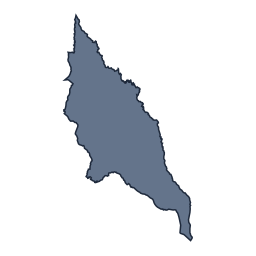 Ramapepe, Leribe, Lesotho (Robinson projection)
{"feature_id": "5366337B9822317619474", "entity_name": "Ramapepe", "entity_type": "district", "adm_level": 2, "iso_a3": "LSO", "parent_name": "Lesotho", "parent_adm1": "Leribe", "projection": "robinson", "projection_center": [28.135, -29.017], "detail": "fine", "context": "isolated", "style": "filled", "palette": "slate", "viewbox_px": 256, "rotation_deg": 0, "n_neighbors": 0, "source": "geoboundaries", "source_scale": "gbopen_adm2", "svg_char_len": 5707}
<svg xmlns="http://www.w3.org/2000/svg" viewBox="0 0 256 256"><path d="M192.2,237.2L191.3,236.2L190.5,234.9L190.5,234.1L189.9,232.9L189.9,228.5L190.3,225.3L190.0,224.4L188.8,222.4L188.5,219.7L189.9,212.5L190.2,208.9L190.0,206.4L190.6,205.3L189.9,204.6L190.2,203.2L190.5,202.7L189.7,200.0L189.6,198.4L188.5,196.5L187.0,195.3L185.1,192.9L184.5,193.0L183.9,192.7L182.9,191.9L181.7,190.2L180.2,189.3L179.3,187.8L178.6,185.8L176.5,184.2L176.3,183.5L175.4,182.3L174.9,181.9L173.8,181.7L172.6,180.7L172.6,179.0L172.2,178.5L172.1,177.3L170.9,174.4L169.6,174.0L169.5,173.2L166.8,170.4L166.5,169.8L166.8,168.5L166.6,168.1L166.4,167.0L165.6,166.2L164.5,163.3L164.5,161.8L164.9,161.0L164.8,160.4L163.8,158.8L163.8,156.5L164.3,154.3L164.3,152.3L163.9,151.8L163.6,150.5L163.0,150.2L162.9,148.7L163.1,148.1L162.5,147.4L162.9,146.9L162.1,146.2L162.1,145.0L161.9,144.5L162.5,143.2L161.4,142.8L161.0,141.7L161.5,141.3L161.7,139.9L162.1,139.1L161.8,138.8L161.0,139.0L160.7,138.4L161.1,137.1L159.9,136.6L160.2,134.7L158.6,129.5L158.5,127.2L157.5,125.7L157.4,124.9L157.3,123.9L157.7,123.3L158.4,122.9L158.2,122.0L156.6,120.0L154.8,120.2L153.2,119.9L153.0,119.2L152.6,119.1L152.1,118.4L151.7,118.4L151.4,117.8L149.8,116.8L149.6,115.9L148.9,114.9L148.4,114.8L148.1,114.4L148.4,113.4L147.0,112.3L146.5,112.2L145.6,112.4L144.9,111.8L143.9,110.3L143.0,109.5L143.0,109.2L143.7,108.9L143.5,108.4L143.6,107.2L143.3,106.7L142.6,107.1L142.3,106.7L142.6,106.3L141.7,106.2L142.3,104.8L143.2,104.1L143.1,103.7L142.4,103.8L142.4,102.7L140.7,102.1L140.3,101.5L138.9,101.6L138.5,100.8L137.7,100.4L137.2,99.7L136.7,97.7L137.1,96.7L136.8,94.9L137.7,95.5L138.3,94.8L138.5,93.4L139.4,92.2L139.6,91.5L139.4,91.3L139.6,90.6L139.3,90.1L140.0,89.2L139.7,88.5L138.3,87.6L137.6,87.5L137.2,87.0L136.7,87.6L135.9,87.6L135.3,86.1L134.3,85.4L134.4,84.5L133.6,84.6L133.9,83.9L133.4,83.0L132.5,84.1L132.6,84.6L132.2,84.9L131.9,84.7L131.7,83.6L132.1,83.0L131.1,82.3L130.8,80.2L130.6,80.1L129.4,81.6L129.5,81.9L129.9,81.9L129.6,82.3L128.8,82.2L128.7,81.9L128.9,81.7L128.7,80.8L128.2,80.8L127.9,80.2L127.7,80.5L128.0,81.3L126.7,80.5L126.2,81.9L125.4,81.7L125.4,82.1L126.0,82.8L125.7,83.1L124.9,83.0L124.0,82.0L123.5,81.0L122.9,80.7L122.5,81.1L122.1,80.9L121.8,80.5L120.9,78.4L121.0,77.1L120.8,76.1L121.3,74.8L120.4,73.4L120.1,73.5L119.5,74.3L119.3,74.1L119.2,73.6L118.7,72.8L118.5,69.5L118.4,68.8L118.2,68.6L117.9,70.0L116.7,70.3L116.4,70.7L114.7,71.2L113.9,69.6L113.5,69.4L113.0,69.5L112.1,69.0L111.3,67.9L110.0,68.3L109.0,68.2L108.3,67.6L108.2,66.8L108.0,66.6L107.7,67.1L106.4,67.6L105.7,67.4L105.3,67.0L105.0,65.4L104.0,64.0L103.8,63.5L104.0,62.2L103.6,61.6L103.7,61.2L102.3,59.8L102.3,58.8L101.6,57.2L102.2,56.1L102.1,55.6L100.5,55.2L99.6,53.9L98.9,52.4L97.7,52.6L97.1,51.9L97.8,50.9L97.7,49.8L99.0,48.8L98.6,47.9L97.9,47.6L97.9,46.8L97.3,46.3L97.1,45.2L97.2,44.5L96.3,43.3L96.2,41.6L95.5,41.1L94.2,42.6L92.6,42.2L92.8,41.3L92.6,40.7L91.5,40.3L90.6,39.0L87.4,36.7L87.1,36.1L87.4,34.4L84.7,32.8L84.2,31.7L83.8,31.3L81.9,30.4L81.0,28.5L80.9,27.5L78.7,24.3L78.7,23.5L79.4,21.7L79.1,19.9L78.1,19.1L76.0,15.4L75.4,18.2L74.7,19.7L75.6,21.5L75.2,22.2L75.8,23.0L74.7,24.1L74.7,25.3L75.0,26.1L74.8,26.9L75.1,27.3L74.6,27.9L74.4,29.3L74.8,30.4L74.6,30.7L74.8,30.9L74.7,31.4L75.0,31.9L74.9,33.1L74.2,33.8L74.7,34.5L74.4,34.7L74.6,35.3L74.5,36.3L74.0,37.9L74.6,38.9L74.2,39.5L75.0,41.0L74.5,41.7L74.5,42.1L75.0,41.7L75.2,42.1L74.5,42.9L74.7,44.4L73.7,45.1L74.0,45.6L74.6,45.7L74.4,48.2L73.9,48.8L74.3,49.0L74.0,50.2L74.5,51.5L73.9,52.0L74.2,52.6L73.9,52.9L73.1,52.8L72.4,52.2L70.6,52.6L68.1,52.3L68.7,54.0L68.4,54.6L68.6,57.1L68.0,59.6L68.2,61.2L69.2,62.8L70.0,65.5L70.6,66.4L71.1,68.0L70.9,69.1L71.3,71.1L70.8,71.7L70.3,73.6L69.2,75.9L67.8,77.4L64.7,80.0L67.7,79.7L68.6,80.0L73.0,83.7L72.4,85.1L71.4,85.4L71.4,86.3L70.9,87.6L70.0,88.8L69.8,90.1L69.8,92.6L69.3,94.8L68.6,95.4L67.7,97.0L67.6,98.0L67.9,99.9L67.0,100.8L66.2,102.4L65.9,105.9L65.2,109.1L63.8,109.9L64.0,111.3L64.8,111.2L65.1,111.8L64.9,113.0L64.3,113.6L67.7,116.5L68.8,119.0L70.5,121.1L73.2,121.1L75.0,122.5L76.3,122.6L76.6,123.3L77.7,124.5L77.9,125.3L77.7,127.0L77.3,127.8L75.6,132.3L75.3,133.9L76.8,136.0L77.7,138.4L77.3,140.4L78.5,143.8L79.4,144.6L82.1,145.5L82.5,145.9L83.7,145.6L84.2,146.7L84.5,148.3L86.8,150.0L87.5,150.7L87.6,151.8L88.1,152.2L88.8,152.4L89.1,152.8L89.6,153.9L89.8,155.6L91.3,158.0L91.9,159.4L92.1,160.8L91.4,161.2L90.4,163.6L90.7,164.3L90.1,165.9L89.9,169.2L88.4,169.2L88.2,170.1L87.5,171.3L87.3,172.1L87.5,172.8L87.0,173.4L87.2,174.2L87.0,174.9L86.1,176.6L87.4,177.5L88.3,177.3L88.0,178.2L88.9,178.0L89.7,176.9L90.4,176.9L91.3,177.8L90.5,179.3L90.6,179.5L91.6,179.7L92.2,180.5L94.4,181.3L94.7,182.4L95.6,182.6L96.5,182.3L96.1,181.7L96.8,181.1L97.4,181.2L97.9,181.8L98.2,181.7L99.5,181.3L100.5,180.3L102.3,179.7L103.3,177.4L104.3,176.7L104.5,176.3L105.2,175.6L106.7,175.8L107.6,176.1L108.0,175.6L108.6,175.5L108.6,173.8L109.0,172.9L110.6,172.9L111.7,172.2L112.5,172.2L113.1,172.7L114.1,171.9L114.8,171.9L115.5,172.3L116.1,172.2L116.4,172.8L117.1,173.1L119.4,173.9L120.5,174.8L121.1,176.4L121.7,177.0L122.0,177.7L123.1,178.2L123.7,180.1L124.5,180.4L125.4,182.8L127.1,184.6L127.7,184.5L128.6,183.6L129.7,184.5L130.6,186.7L131.1,187.2L131.7,186.9L132.4,187.6L133.7,187.6L136.7,190.4L138.5,191.7L139.9,192.3L140.5,193.1L142.5,193.9L144.9,194.2L146.0,195.0L147.3,195.3L150.2,197.8L152.6,199.1L153.3,200.3L154.1,202.8L154.9,204.3L156.3,206.1L157.6,207.2L161.0,209.1L162.9,209.1L163.0,209.6L163.6,210.0L164.9,209.5L165.9,210.1L167.1,210.0L168.7,209.2L173.2,210.0L174.8,209.8L175.8,210.0L176.7,211.9L177.4,212.5L178.1,214.2L179.1,217.7L180.7,225.2L180.0,232.6L180.4,233.3L183.8,234.5L184.6,235.1L190.6,240.6L192.0,238.4L192.2,237.2Z" fill="#64748b" stroke="#1e293b" stroke-width="1.5"/></svg>